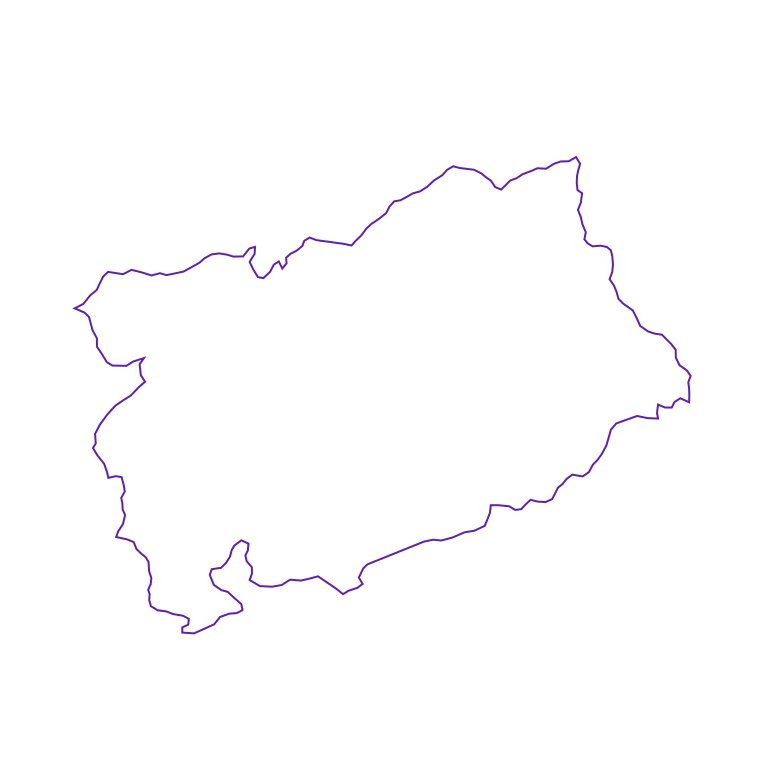 Porto Feliz, São Paulo, Brazil (Natural Earth projection), rotated 255°
{"feature_id": "56859067B51495796680822", "entity_name": "Porto Feliz", "entity_type": "district", "adm_level": 2, "iso_a3": "BRA", "parent_name": "Brazil", "parent_adm1": "São Paulo", "projection": "natural_earth1", "projection_center": [-47.516, -23.238], "detail": "fine", "context": "isolated", "style": "outline", "palette": "violet", "viewbox_px": 768, "rotation_deg": 255, "n_neighbors": 0, "source": "geoboundaries", "source_scale": "gbopen_adm2", "svg_char_len": 3381}
<svg xmlns="http://www.w3.org/2000/svg" viewBox="0 0 768 768"><g transform="rotate(255 384 384)"><path d="M279.7,639.8L285.3,640.2L293.2,643.4L288.5,649.4L286.8,655.9L291.4,659.9L293.5,666.6L287.4,674.0L294.0,676.0L301.0,677.6L306.9,678.4L312.5,682.3L318.6,680.1L325.7,674.3L334.0,672.7L341.5,674.6L348.4,671.7L353.7,668.6L359.7,665.2L362.6,658.5L366.5,652.6L373.8,646.5L382.6,645.1L390.6,643.4L399.9,635.7L405.7,632.5L412.4,632.5L419.6,631.6L426.8,629.0L433.2,633.5L440.1,636.1L448.4,637.6L454.5,637.7L458.6,634.8L461.5,629.2L463.0,621.1L466.9,617.3L471.9,615.0L478.3,618.2L487.1,617.0L494.2,617.3L502.0,616.4L508.3,621.1L517.0,624.7L521.2,621.1L528.7,622.3L535.0,624.3L540.1,626.9L545.9,630.4L553.5,628.2L551.3,620.2L553.2,612.3L552.7,605.2L550.0,596.3L552.7,588.0L551.6,581.0L550.8,572.3L548.4,565.1L547.9,558.7L541.5,547.5L545.4,542.4L552.7,539.9L557.0,536.3L562.1,532.6L567.6,526.5L573.0,513.1L576.4,507.2L574.5,500.3L570.6,494.4L567.6,484.8L563.3,476.8L560.7,468.6L560.7,461.5L558.9,454.5L557.2,447.5L557.8,441.1L554.1,435.4L548.5,430.3L545.2,422.7L541.8,413.1L538.6,407.1L533.5,400.7L529.2,393.0L526.2,388.5L530.3,380.3L533.0,373.6L535.4,368.2L537.8,362.2L540.5,355.9L544.7,350.0L542.9,344.0L538.5,340.9L535.4,334.2L534.0,327.5L531.3,322.1L525.8,321.1L521.8,315.7L529.6,314.1L527.9,308.6L521.8,302.9L517.5,294.9L519.9,289.9L528.4,287.4L536.7,285.8L543.2,292.7L549.8,294.9L549.7,289.0L543.7,280.9L546.1,271.4L549.5,266.0L552.8,258.7L553.8,251.0L551.9,243.1L549.0,237.4L546.6,228.1L544.5,219.5L545.0,209.6L545.5,202.0L549.0,196.3L549.0,187.6L554.6,178.7L559.6,169.7L557.6,160.3L563.7,146.5L560.5,140.6L554.7,135.4L549.2,130.9L545.5,122.9L539.2,114.4L537.1,104.8L530.6,113.1L525.0,116.4L519.9,116.4L511.4,116.4L502.4,118.5L494.3,116.4L487.4,118.8L476.7,122.0L472.1,126.5L468.2,139.9L470.6,147.5L471.2,158.9L466.3,153.0L455.2,151.4L448.1,153.8L443.8,145.3L438.3,136.3L435.8,128.0L432.7,119.2L429.5,114.0L426.0,108.7L418.6,99.4L410.6,92.0L401.2,90.2L397.5,86.3L389.0,88.8L379.4,93.0L370.2,93.7L364.7,93.4L364.4,101.0L362.0,106.4L353.2,106.4L347.3,105.8L342.0,100.7L336.5,100.4L330.5,99.1L324.4,100.0L316.1,95.5L310.6,89.2L305.5,85.7L300.6,95.3L296.1,101.3L288.6,102.2L283.3,105.4L278.5,108.9L273.0,110.5L264.1,108.7L256.6,109.0L251.0,106.8L246.4,103.0L241.5,103.2L236.2,101.3L229.7,101.3L224.1,106.7L220.7,114.8L216.4,120.7L212.1,130.0L207.6,134.7L202.2,132.6L201.1,126.2L196.1,124.8L192.3,136.0L195.8,157.7L201.4,165.4L202.2,175.2L200.8,182.5L202.2,188.8L208.4,189.2L215.9,184.1L223.6,179.3L227.0,173.6L234.0,167.6L244.7,166.3L249.7,169.7L248.6,179.0L252.1,185.1L257.0,190.5L263.0,193.9L266.7,197.8L269.9,205.7L264.9,211.8L258.3,209.3L254.3,205.7L248.4,205.5L241.2,208.9L235.3,207.5L229.4,203.5L220.9,211.8L217.2,223.3L216.3,233.1L219.3,242.7L215.6,253.0L215.3,260.9L215.3,270.5L207.3,277.4L199.1,284.5L191.6,290.1L193.5,296.3L194.0,305.5L196.4,311.6L203.6,309.6L211.3,316.3L214.1,321.4L221.4,381.6L220.9,391.1L218.0,398.8L218.0,410.6L219.9,423.3L218.9,433.4L220.9,444.6L226.0,448.5L232.0,452.9L239.3,455.8L237.3,463.1L233.5,473.3L228.4,478.1L227.6,484.2L230.8,489.3L234.2,495.6L230.8,501.7L228.1,509.4L229.3,516.7L238.8,525.2L241.2,530.6L245.0,535.7L247.7,542.4L243.3,552.0L245.8,559.0L252.1,565.0L255.3,570.5L259.9,576.2L267.1,582.9L272.7,586.3L281.2,591.4L285.8,598.1L286.6,607.8L287.6,620.2L282.8,629.8L279.7,639.8Z" fill="none" stroke="#5b21b6" stroke-width="2"/></g></svg>